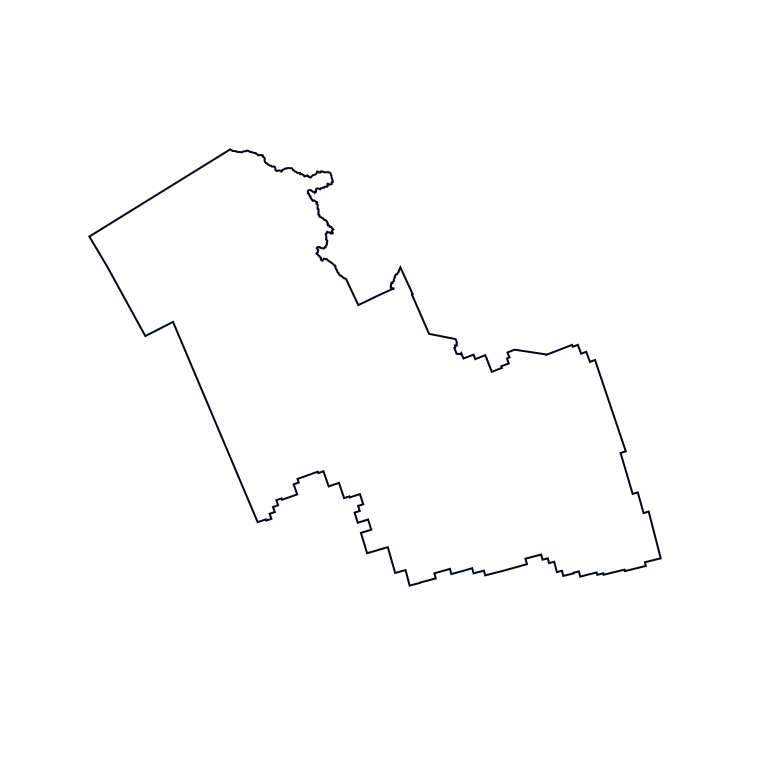 Yukon-Koyukuk, Alaska, United States of America, rotated 244°
{"feature_id": "52423323B20923510604078", "entity_name": "Yukon-Koyukuk", "entity_type": "district", "adm_level": 2, "iso_a3": "USA", "parent_name": "United States of America", "parent_adm1": "Alaska", "projection": "orthographic", "projection_center": [-147.261, 65.223], "detail": "fine", "context": "isolated", "style": "outline", "palette": "ink", "viewbox_px": 768, "rotation_deg": 244, "n_neighbors": 0, "source": "geoboundaries", "source_scale": "gbopen_adm2", "svg_char_len": 6166}
<svg xmlns="http://www.w3.org/2000/svg" viewBox="0 0 768 768"><g transform="rotate(244 384 384)"><path d="M588.0,426.6L589.1,427.0L591.7,427.3L592.8,427.6L593.4,427.7L594.1,428.1L594.7,428.0L596.0,428.3L596.6,428.3L597.9,427.8L598.1,427.4L598.4,427.1L598.7,427.0L599.7,424.8L600.2,423.5L601.3,422.4L602.4,421.5L602.7,420.3L602.1,420.1L602.0,419.6L602.1,419.0L602.6,418.3L603.8,417.8L604.2,417.4L604.1,416.8L603.8,416.4L602.8,415.6L602.4,414.7L602.6,412.6L602.8,411.3L601.8,408.8L601.8,408.3L602.3,408.1L603.2,407.1L603.9,407.2L604.8,406.7L604.5,406.3L604.8,406.0L605.1,406.0L605.4,405.5L605.2,404.9L605.7,404.0L605.4,403.7L606.1,403.3L607.3,403.2L608.5,402.3L609.1,400.9L609.7,400.4L610.2,400.3L610.6,400.7L610.9,400.0L611.7,399.0L612.0,398.4L613.5,397.9L613.8,397.2L614.3,396.9L614.8,397.0L614.7,397.1L615.5,396.7L616.2,396.0L617.5,396.0L618.5,395.6L619.0,394.3L620.1,392.6L620.2,392.0L620.6,391.3L620.4,390.6L620.7,389.9L621.0,389.5L620.8,388.5L620.8,387.5L620.9,387.0L620.7,386.4L620.7,385.8L620.1,385.4L619.8,385.4L619.7,385.0L620.0,384.8L620.8,384.5L621.4,384.0L622.0,383.2L622.1,382.3L622.3,381.3L623.0,380.6L624.2,380.2L625.1,380.7L626.1,381.0L627.1,380.9L627.9,380.1L628.3,379.3L628.5,378.6L629.5,378.3L630.1,377.5L630.9,376.8L632.0,376.1L633.3,375.6L634.3,375.0L634.4,374.8L635.0,374.6L636.1,374.4L637.6,374.8L639.1,375.8L640.3,375.5L641.3,374.8L641.9,374.7L642.6,375.3L643.4,374.2L644.0,373.5L644.2,372.5L644.6,371.3L645.5,371.2L646.7,370.1L647.8,370.0L648.5,368.7L649.1,368.3L649.9,366.9L650.5,366.7L651.0,366.2L651.0,365.6L653.1,364.2L653.9,363.0L653.8,361.7L654.3,360.7L654.7,359.4L654.5,357.9L655.0,357.3L655.7,355.9L656.4,355.1L656.7,354.3L657.4,353.3L658.3,352.9L658.8,351.8L659.2,351.3L659.6,350.5L660.0,349.9L660.5,349.7L661.2,349.2L662.3,348.7L645.7,183.8L610.8,186.7L531.7,190.5L532.3,221.6L315.2,209.9L314.1,218.5L312.9,218.3L312.2,223.7L317.5,224.3L316.8,229.7L322.1,230.3L321.4,235.7L326.8,236.3L326.1,241.7L324.7,241.5L322.8,257.6L333.4,258.8L332.8,264.2L336.6,264.6L334.2,286.1L332.7,285.9L332.1,291.3L316.2,289.4L314.9,300.2L298.9,298.1L298.2,303.5L297.1,303.4L295.6,314.1L285.0,312.6L285.8,307.3L280.5,306.5L281.3,301.2L270.8,299.6L269.2,310.3L258.6,308.7L260.3,298.0L239.3,294.6L235.7,315.9L209.3,311.2L207.3,321.8L191.6,318.7L189.4,329.3L189.7,329.4L186.6,345.3L191.8,346.3L190.8,351.6L188.9,362.3L183.7,361.2L181.6,371.8L179.8,382.5L174.6,381.5L172.4,392.0L167.6,391.1L163.3,412.2L159.4,433.5L165.0,434.6L161.8,450.5L156.6,449.5L155.5,454.8L150.7,453.8L149.6,459.1L139.2,456.9L138.1,462.1L132.9,461.0L130.6,471.6L131.3,471.7L130.1,477.0L124.9,475.9L121.4,492.5L119.0,492.0L117.7,498.1L116.3,497.7L111.7,518.8L110.2,518.5L105.7,539.6L109.4,540.4L106.0,556.3L153.3,566.0L154.2,560.7L175.3,564.6L176.2,559.3L218.3,566.4L217.5,571.8L313.1,584.2L313.6,578.8L324.3,579.9L324.8,574.5L334.2,575.4L334.7,570.1L336.7,570.2L339.0,543.2L339.1,543.3L357.6,516.4L358.2,508.8L352.9,508.4L353.1,505.7L347.8,505.2L348.5,497.2L346.8,497.0L347.7,486.2L365.5,487.7L366.3,477.0L371.1,477.3L372.1,466.6L378.0,467.0L377.3,465.6L378.3,464.3L379.3,462.6L379.8,462.4L381.1,462.7L385.6,463.0L385.5,463.9L386.1,464.3L387.5,464.7L386.7,466.2L388.9,467.1L389.5,467.8L393.0,468.0L409.3,446.5L452.3,448.3L452.3,449.2L481.6,449.8L481.0,449.1L480.0,448.6L480.1,447.7L478.2,446.2L478.2,445.6L476.9,444.0L477.3,443.2L476.8,441.9L475.7,440.5L475.0,440.7L474.2,439.2L473.6,438.6L472.2,438.0L471.8,436.1L471.1,435.8L471.7,435.2L470.8,434.3L468.9,433.1L468.4,432.5L467.6,432.9L467.2,432.6L465.7,434.5L465.3,434.1L465.7,433.7L466.1,417.1L466.2,395.5L495.0,395.9L495.4,395.7L496.2,395.0L496.5,394.5L497.4,394.0L497.9,393.9L498.5,393.6L499.2,393.4L500.0,392.7L500.5,392.6L500.8,392.1L501.4,391.8L503.9,391.7L504.8,391.4L505.3,391.2L507.0,391.7L507.4,391.4L508.2,391.4L508.6,391.2L510.2,391.4L511.1,392.1L511.7,392.1L512.2,391.5L512.7,391.2L513.6,391.0L514.1,390.8L515.1,390.4L515.7,389.9L516.9,389.5L517.9,388.7L519.2,388.1L519.5,387.7L520.9,387.6L521.6,387.1L521.9,386.5L522.0,385.9L522.4,385.6L522.9,385.0L522.4,383.9L522.0,383.1L521.9,382.5L522.7,382.0L523.5,381.8L524.4,382.2L524.7,382.7L525.6,382.5L526.1,382.1L526.7,381.9L527.3,382.1L528.4,381.3L529.2,381.3L529.9,380.9L530.4,380.5L531.1,380.7L531.4,382.3L532.2,382.6L532.6,383.2L533.1,383.6L533.6,383.5L534.4,383.5L535.8,383.2L536.0,383.6L536.2,384.4L535.8,385.0L535.3,386.3L534.8,386.2L534.3,386.4L532.8,388.4L532.2,389.0L532.2,389.6L532.7,389.8L532.8,390.1L532.9,391.0L532.5,391.4L533.8,392.4L533.7,392.9L534.2,393.6L534.7,393.8L535.1,394.2L536.1,394.5L536.4,395.1L536.9,395.5L537.6,395.8L538.4,395.7L539.2,395.2L539.7,395.5L540.3,396.2L541.2,396.5L541.8,396.6L542.5,397.0L543.3,397.0L543.7,396.9L544.1,397.0L544.6,398.1L544.5,398.6L545.5,399.1L545.7,399.7L545.2,400.0L544.6,400.4L544.5,400.9L544.1,401.5L543.5,401.9L542.8,402.1L542.3,402.6L542.0,403.2L541.9,403.9L542.3,404.1L543.6,403.7L544.2,403.9L544.5,404.4L544.4,404.8L544.8,405.0L545.1,406.2L547.2,405.5L548.4,405.4L549.0,404.1L549.7,404.3L550.3,404.3L550.8,403.9L551.0,403.2L551.6,403.1L552.3,403.3L552.9,404.0L553.3,404.0L554.3,403.7L555.1,404.0L556.8,403.4L557.2,402.9L558.0,402.0L559.6,402.0L560.7,400.9L561.9,400.2L562.2,399.7L562.9,399.4L563.7,400.0L564.4,400.0L564.6,399.5L565.3,399.3L566.5,400.3L567.0,400.3L568.5,401.2L569.6,401.7L569.9,401.1L570.6,401.1L571.0,401.5L571.9,401.7L574.2,403.1L574.5,403.0L574.8,402.7L575.3,402.3L575.9,402.5L576.5,403.5L577.0,403.5L577.5,402.8L579.7,401.6L579.8,401.0L579.7,400.5L579.9,400.2L581.2,400.1L581.9,399.8L582.3,400.0L583.6,399.7L584.5,400.1L584.8,400.1L585.0,399.6L586.2,399.8L587.1,399.6L587.8,399.9L588.3,399.8L588.5,399.4L589.1,399.3L589.3,399.6L590.8,400.3L591.1,400.8L591.2,401.5L590.9,402.3L590.6,402.7L589.7,403.7L589.1,403.7L587.6,404.6L587.3,405.7L586.6,405.6L586.1,405.6L586.3,406.5L586.6,407.1L587.1,407.3L587.5,407.8L588.7,408.2L589.2,409.0L588.9,410.1L588.4,410.8L587.8,411.1L587.6,411.5L586.9,412.0L586.9,412.4L587.4,412.7L587.7,413.1L587.3,414.2L587.2,415.6L586.7,416.1L586.8,416.6L587.2,417.3L587.0,418.3L586.7,418.7L586.2,419.3L586.3,420.0L588.6,420.8L588.7,421.3L586.9,422.8L586.6,424.6L587.9,425.1L588.2,425.5L587.9,426.0L588.0,426.6Z" fill="none" stroke="#020617" stroke-width="2"/></g></svg>